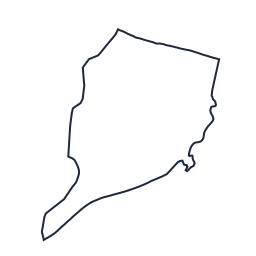 Al Arsh, Al Bayda', Yemen (orthographic projection), rotated 82°
{"feature_id": "15242507B56607006437737", "entity_name": "Al Arsh", "entity_type": "district", "adm_level": 2, "iso_a3": "YEM", "parent_name": "Yemen", "parent_adm1": "Al Bayda'", "projection": "orthographic", "projection_center": [44.788, 14.359], "detail": "fine", "context": "isolated", "style": "outline", "palette": "slate", "viewbox_px": 256, "rotation_deg": 82, "n_neighbors": 0, "source": "geoboundaries", "source_scale": "gbopen_adm2", "svg_char_len": 3766}
<svg xmlns="http://www.w3.org/2000/svg" viewBox="0 0 256 256"><g transform="rotate(82 128 128)"><path d="M100.9,179.9L104.1,181.0L104.4,181.3L117.9,185.0L148.0,191.1L149.0,189.5L149.9,187.9L151.0,186.6L152.3,185.4L154.0,184.7L155.8,184.1L157.5,183.5L159.7,182.9L162.0,182.6L163.7,182.5L165.6,182.7L165.9,182.8L167.6,183.4L169.2,184.1L170.8,184.9L172.3,185.6L173.9,186.6L175.5,187.9L176.8,189.4L178.1,190.7L178.3,191.0L189.6,201.2L201.2,221.3L204.6,223.2L219.1,227.8L220.8,227.5L222.6,227.3L224.4,227.2L226.2,227.0L227.1,227.0L226.5,225.5L225.8,223.8L225.2,222.2L224.5,220.6L223.7,218.8L222.9,217.1L222.0,215.3L221.1,213.9L220.2,212.4L219.0,210.7L217.7,209.0L216.7,207.6L215.7,206.0L214.7,204.4L213.5,202.7L212.4,201.2L211.2,199.3L209.9,197.3L208.9,196.0L207.9,194.5L206.9,193.0L206.7,192.7L205.7,191.2L204.6,189.4L203.7,188.0L202.5,186.3L201.5,184.6L200.4,182.7L199.3,180.7L198.3,178.7L197.3,176.7L196.5,174.8L196.0,173.1L195.4,171.0L194.9,168.9L194.4,167.0L193.9,165.1L193.4,162.8L193.1,160.8L192.9,158.5L192.6,156.2L192.4,154.4L192.0,152.3L192.0,151.7L191.8,150.3L191.5,147.8L191.2,145.5L190.9,143.3L190.7,141.5L190.4,139.7L190.1,137.8L189.8,136.0L189.7,135.8L189.5,134.8L189.4,134.1L189.0,131.9L188.6,130.2L188.3,128.6L188.2,128.4L187.8,126.4L187.5,125.1L187.4,124.6L186.9,123.0L186.6,121.2L186.5,120.9L186.2,120.0L186.0,119.1L185.4,117.3L184.9,115.7L184.6,114.7L184.3,114.0L183.8,112.5L181.0,101.9L179.1,96.0L168.6,83.2L168.6,82.9L168.7,82.7L167.9,81.3L167.9,78.6L170.2,78.1L170.6,78.1L172.2,77.4L172.2,77.2L172.3,77.0L172.4,76.7L172.6,76.1L172.9,75.7L172.9,75.1L173.0,75.0L173.4,75.0L173.5,75.0L173.6,74.9L173.8,74.9L174.0,74.9L174.4,75.0L174.6,75.0L174.7,74.9L174.9,74.6L175.2,74.8L175.6,75.1L177.8,76.8L179.0,75.4L175.6,71.1L174.8,68.6L172.0,66.8L169.7,67.6L169.2,67.8L168.0,68.1L167.4,68.2L166.8,68.2L165.4,68.1L164.9,68.0L164.4,68.1L164.2,68.3L164.1,68.9L164.1,69.0L164.1,69.3L164.1,69.7L164.1,69.8L164.2,70.1L164.3,70.3L164.3,70.6L164.3,70.9L164.4,71.3L164.5,71.7L164.6,71.8L163.7,71.5L162.7,71.3L161.6,71.1L160.0,70.4L158.4,69.7L156.9,69.0L156.0,68.4L155.5,68.2L155.4,68.1L155.0,67.8L154.1,66.9L152.8,65.6L152.0,64.2L151.9,64.0L151.8,62.2L151.8,60.3L151.6,58.5L151.3,57.7L150.9,56.9L149.7,55.6L148.3,54.7L147.5,54.5L146.4,54.1L144.6,53.6L143.4,53.2L143.0,53.0L141.6,52.2L140.2,51.0L138.6,49.6L137.4,48.4L137.2,48.2L136.2,47.0L135.1,45.7L133.9,44.3L132.7,43.1L131.0,42.2L129.7,42.2L129.4,42.3L127.6,42.7L125.7,43.5L124.2,43.9L122.2,44.1L118.9,42.8L118.5,41.3L118.5,40.1L118.3,38.3L117.3,37.7L114.2,37.9L113.6,38.1L111.5,39.7L108.9,40.2L107.8,40.7L102.6,39.4L72.6,28.2L71.9,29.9L71.1,31.6L70.6,33.1L69.9,34.6L69.2,36.1L68.6,37.5L67.7,39.2L67.0,40.9L66.3,42.5L66.1,42.9L65.7,43.9L65.5,44.3L64.5,46.1L63.5,48.1L62.7,49.7L62.0,51.3L60.9,53.4L60.2,54.9L59.6,56.5L58.9,58.5L58.4,60.1L58.1,60.8L57.7,61.8L57.2,63.4L56.6,64.9L56.2,65.8L55.8,66.8L55.1,68.3L54.5,70.1L53.8,71.5L53.6,72.2L53.3,73.0L52.5,74.9L52.0,76.5L51.3,78.6L50.3,80.4L49.6,82.2L49.1,83.7L48.7,85.2L48.5,87.2L48.4,87.3L48.3,88.0L48.1,88.7L47.2,90.1L46.3,91.8L46.0,92.6L45.6,93.5L44.9,95.2L44.3,96.6L43.7,98.0L42.9,99.7L42.1,101.3L41.3,102.9L40.8,104.2L40.2,105.6L39.8,106.9L39.0,108.4L37.8,109.8L37.1,111.1L36.4,112.4L35.4,113.9L34.6,115.3L33.5,116.7L32.7,117.9L31.9,119.1L31.1,120.4L30.5,121.7L29.8,122.9L28.9,124.1L29.9,124.8L33.6,127.3L34.8,128.6L39.4,133.6L39.8,134.1L43.5,138.2L49.8,144.9L50.9,146.2L51.8,147.2L52.0,147.8L52.1,148.1L52.3,148.8L54.4,157.1L56.7,159.3L58.1,160.7L60.0,162.6L61.9,164.4L80.1,165.4L82.8,166.1L84.4,166.6L86.2,167.0L88.2,167.6L88.3,167.6L88.5,167.7L89.1,167.8L91.7,168.5L92.3,168.6L94.3,169.8L94.7,170.1L95.6,170.7L96.6,171.4L97.3,172.6L98.0,174.1L99.1,176.5L99.8,177.8L100.5,179.1L100.7,179.5L100.9,179.9Z" fill="none" stroke="#1e293b" stroke-width="2"/></g></svg>